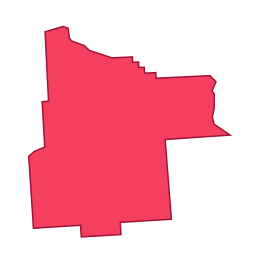 Coffee, Georgia, United States of America, rotated 86°
{"feature_id": "52423323B74845935741438", "entity_name": "Coffee", "entity_type": "district", "adm_level": 2, "iso_a3": "USA", "parent_name": "United States of America", "parent_adm1": "Georgia", "projection": "mercator", "projection_center": [-82.919, 31.59], "detail": "fine", "context": "isolated", "style": "filled", "palette": "rose", "viewbox_px": 256, "rotation_deg": 86, "n_neighbors": 0, "source": "geoboundaries", "source_scale": "gbopen_adm2", "svg_char_len": 613}
<svg xmlns="http://www.w3.org/2000/svg" viewBox="0 0 256 256"><g transform="rotate(86 128 128)"><path d="M221.4,229.3L221.7,182.1L233.4,182.2L233.8,142.5L221.6,142.3L222.0,91.1L150.8,91.7L142.1,91.7L142.1,51.1L142.2,26.7L130.1,41.9L122.9,43.1L115.1,40.8L100.2,39.5L96.9,41.6L88.1,37.0L81.5,42.5L80.4,90.9L80.3,96.6L74.7,96.4L74.4,107.7L68.6,107.5L68.3,113.1L62.9,112.8L62.7,118.8L57.4,118.6L56.9,139.2L47.9,161.2L42.9,165.7L37.2,178.2L34.1,180.2L24.3,180.8L22.2,185.6L26.2,204.0L95.6,205.4L95.8,211.8L141.1,212.4L144.9,223.2L149.4,229.0L221.4,229.3Z" fill="#f43f5e" stroke="#9f1239" stroke-width="1.5"/></g></svg>